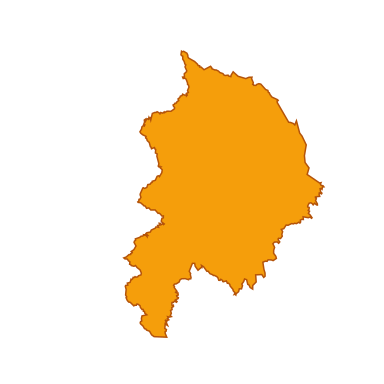 the district of Cuautitlán de García Barragán, Jalisco, Mexico, rotated 319°
{"feature_id": "50627088B76976596426354", "entity_name": "Cuautitlán de García Barragán", "entity_type": "district", "adm_level": 2, "iso_a3": "MEX", "parent_name": "Mexico", "parent_adm1": "Jalisco", "projection": "equal_earth", "projection_center": [-104.358, 19.461], "detail": "fine", "context": "isolated", "style": "filled", "palette": "amber", "viewbox_px": 384, "rotation_deg": 319, "n_neighbors": 0, "source": "geoboundaries", "source_scale": "gbopen_adm2", "svg_char_len": 6067}
<svg xmlns="http://www.w3.org/2000/svg" viewBox="0 0 384 384"><g transform="rotate(319 192 192)"><path d="M250.1,284.4L252.9,284.9L252.9,286.0L253.5,286.3L254.4,285.8L255.3,284.3L256.9,284.7L258.0,285.8L259.6,283.6L262.9,287.7L264.8,288.4L264.9,290.2L265.7,290.2L266.1,286.9L265.8,284.5L268.1,283.6L267.7,282.1L269.2,281.7L270.3,280.5L269.5,279.2L270.2,278.4L273.0,277.3L274.6,278.1L275.1,279.6L275.0,281.2L277.2,280.9L277.5,283.4L278.1,284.1L278.8,283.3L279.7,279.4L281.4,278.7L281.4,277.3L281.9,276.8L282.3,277.6L283.2,277.4L285.5,279.1L286.4,277.1L287.5,276.2L288.5,278.4L289.3,278.1L289.2,276.2L290.9,273.5L291.6,273.9L291.9,275.3L293.7,273.8L294.9,274.6L295.0,273.4L293.8,271.5L294.1,270.3L295.5,269.6L294.2,268.9L290.4,254.3L296.1,250.6L296.7,243.9L300.7,238.3L309.1,231.4L311.7,222.0L311.9,218.2L317.5,206.8L313.6,208.8L313.4,206.8L311.9,204.0L310.7,202.8L315.0,180.5L315.9,179.1L317.0,179.5L317.2,178.6L314.6,172.8L314.8,169.6L315.4,167.8L315.0,166.9L315.9,165.1L314.8,163.0L314.7,155.7L313.5,154.1L311.5,153.3L310.2,153.5L308.6,152.0L308.9,151.0L308.5,150.6L310.0,149.7L311.3,145.6L312.6,144.7L310.3,142.8L307.0,141.7L302.7,134.9L301.9,128.3L298.1,129.5L297.0,130.4L295.7,128.4L295.9,127.5L293.4,125.8L292.9,124.8L293.0,122.9L291.4,120.1L291.3,118.1L290.3,115.7L289.3,114.9L287.9,112.0L288.4,111.3L288.5,109.3L281.3,107.6L280.8,103.6L279.8,102.7L280.6,101.7L279.6,100.6L280.0,99.2L279.6,95.2L277.3,88.7L277.6,87.2L278.6,86.0L279.2,83.9L278.0,80.3L276.5,79.7L276.4,78.9L273.7,81.2L273.6,82.2L274.1,83.4L272.2,85.6L271.7,88.5L270.6,90.6L270.7,92.0L268.8,93.0L267.6,97.0L266.7,97.6L263.7,97.7L261.8,100.2L260.3,99.1L259.8,100.6L261.1,101.3L261.6,102.9L260.1,106.9L259.3,107.7L259.4,109.0L258.6,110.8L255.2,112.5L254.5,114.5L252.4,113.9L252.0,115.8L250.8,115.9L251.4,114.9L250.0,114.1L249.1,112.0L247.8,112.7L246.1,112.0L244.8,112.7L242.5,112.6L241.9,114.3L239.9,114.0L238.6,114.6L237.3,113.8L236.4,114.3L235.1,113.8L234.4,114.6L234.2,116.9L233.3,117.7L229.1,117.3L226.1,114.6L223.1,114.0L223.5,113.3L221.4,113.1L220.6,111.5L219.1,112.0L219.2,110.9L218.3,108.5L217.2,108.5L216.2,107.6L213.6,106.7L208.0,110.7L209.0,108.6L208.2,108.6L208.5,107.4L206.8,108.6L206.4,107.5L205.7,107.2L203.0,108.2L203.3,107.1L204.3,106.5L203.2,106.4L202.1,108.1L199.7,109.4L200.4,110.4L199.3,110.9L199.0,110.0L196.9,110.0L195.2,111.4L192.2,112.4L191.9,113.9L192.3,116.4L193.8,119.9L192.5,120.7L192.7,122.3L191.9,123.8L192.2,126.6L190.3,130.5L190.5,131.2L189.8,132.8L192.8,133.8L192.2,135.6L192.5,136.1L190.0,138.5L190.7,140.5L189.0,141.9L185.5,149.0L183.5,150.3L183.4,151.1L184.5,151.5L184.1,152.2L184.8,152.7L183.9,152.8L184.1,155.7L181.9,157.6L177.6,159.0L177.7,158.2L177.1,157.6L175.9,157.3L172.0,159.1L168.9,157.8L168.2,158.6L166.6,158.2L165.6,158.7L163.5,157.4L160.9,158.9L158.7,158.3L158.0,156.8L157.5,156.7L151.8,159.4L151.0,160.1L150.0,162.5L147.7,163.3L147.1,162.8L145.8,164.0L144.6,163.9L144.5,164.5L146.1,166.3L146.7,170.0L146.5,170.5L147.5,172.1L147.0,174.5L149.0,175.7L149.1,178.5L152.4,181.4L152.4,185.9L153.2,186.2L153.6,187.5L153.6,190.5L154.7,191.3L153.4,192.7L152.1,192.1L149.8,193.7L149.4,194.4L150.1,197.9L149.1,197.9L149.0,196.7L147.5,196.5L147.4,194.7L146.7,194.1L146.3,196.0L144.1,194.7L143.6,196.7L141.9,194.7L140.6,195.2L136.3,194.0L134.3,194.9L131.2,193.1L130.1,193.1L130.2,195.9L129.4,195.3L128.8,196.1L128.8,193.6L128.2,193.7L128.1,192.6L128.0,193.0L127.5,192.5L127.3,193.1L125.7,192.8L124.5,191.9L122.7,191.9L118.5,190.2L117.7,191.4L116.3,191.3L115.2,192.0L114.3,196.0L110.3,197.4L107.1,197.0L107.3,198.4L106.9,198.6L105.4,198.3L104.7,198.9L103.4,197.9L99.7,197.9L97.3,197.0L97.5,198.5L99.2,200.2L98.9,202.1L99.3,204.0L97.5,205.6L98.1,206.6L97.9,207.7L99.5,210.0L101.1,210.4L101.0,213.0L101.7,216.7L100.6,219.9L99.1,221.1L96.7,220.1L95.4,220.4L93.7,219.4L93.5,218.5L92.3,218.6L91.6,217.8L90.4,218.5L88.8,218.5L88.7,217.9L86.0,219.6L83.4,218.3L82.4,220.2L80.6,219.0L79.8,219.4L78.4,222.3L74.3,226.2L73.9,228.4L72.9,228.5L72.0,231.4L72.0,233.5L73.0,234.7L73.4,239.8L74.2,239.7L75.7,241.0L76.8,240.4L77.5,241.0L78.2,243.6L77.3,245.3L77.2,248.0L78.0,248.4L77.7,249.7L77.1,250.0L77.7,251.2L76.9,252.4L77.3,255.0L73.0,252.7L70.9,254.2L69.4,256.4L68.1,256.1L67.0,256.8L66.7,257.8L67.1,261.0L66.5,264.0L67.3,265.2L67.1,266.4L68.6,269.2L67.8,273.3L68.5,276.3L77.7,285.0L79.1,280.9L80.2,279.7L81.0,280.1L82.5,279.0L81.9,277.2L85.7,273.5L86.2,274.0L85.5,275.1L86.0,276.7L87.7,271.4L88.2,271.5L88.1,273.1L88.9,272.7L90.6,273.2L90.3,271.5L91.4,271.5L91.8,270.1L92.8,271.5L94.7,272.5L94.5,271.0L96.8,270.0L98.1,267.3L99.8,267.7L100.9,265.9L102.9,266.3L103.6,265.3L102.8,265.2L102.6,264.4L104.0,262.5L104.7,262.3L105.5,263.1L107.3,262.9L107.9,265.0L108.8,264.9L108.8,262.6L111.6,263.3L112.4,262.8L111.9,261.0L112.4,260.1L114.0,260.7L115.2,258.9L114.0,257.8L113.9,256.9L115.5,257.1L115.9,252.4L116.8,251.8L116.8,250.4L118.3,250.0L119.9,251.0L123.3,251.5L125.3,250.4L127.3,250.7L130.1,253.0L131.9,256.0L132.9,255.7L134.1,256.7L135.1,256.0L136.6,253.1L137.4,252.7L137.9,250.0L145.5,246.1L147.2,247.6L145.7,250.1L145.2,255.0L149.3,255.0L149.9,255.6L151.0,253.6L151.7,256.1L151.2,261.6L152.2,262.4L152.0,265.5L153.3,268.0L153.3,269.0L154.2,269.7L155.2,272.1L155.3,273.6L154.3,276.2L155.2,277.1L156.5,276.8L157.0,279.0L156.5,279.6L156.6,280.2L159.6,281.7L158.8,284.1L159.6,284.6L159.9,286.5L159.1,287.9L159.0,292.5L158.3,293.5L158.3,296.4L156.7,297.0L157.4,297.3L157.5,298.5L158.6,297.7L161.8,297.8L164.2,296.1L165.8,297.6L168.7,295.8L169.2,294.2L172.3,293.5L174.6,292.1L175.7,294.0L173.5,298.3L174.0,299.7L173.2,302.2L174.1,305.1L176.5,302.4L181.4,302.0L185.7,296.3L190.5,300.1L190.1,303.5L191.9,303.5L194.0,301.0L195.5,297.6L199.4,291.5L202.0,292.3L203.2,293.6L204.9,293.1L207.3,295.3L208.2,297.0L212.1,297.5L213.1,295.5L213.4,291.8L215.5,289.5L218.0,288.0L219.1,284.1L221.4,283.9L223.6,285.7L223.7,287.5L225.1,287.4L225.6,287.0L225.5,285.2L226.1,284.0L226.9,283.7L228.3,285.2L231.1,284.6L232.1,282.8L234.4,281.4L234.9,278.8L237.2,279.9L241.4,278.7L242.6,280.1L246.5,281.2L247.6,282.6L248.9,282.9L250.1,284.4Z" fill="#f59e0b" stroke="#b45309" stroke-width="1.5"/></g></svg>